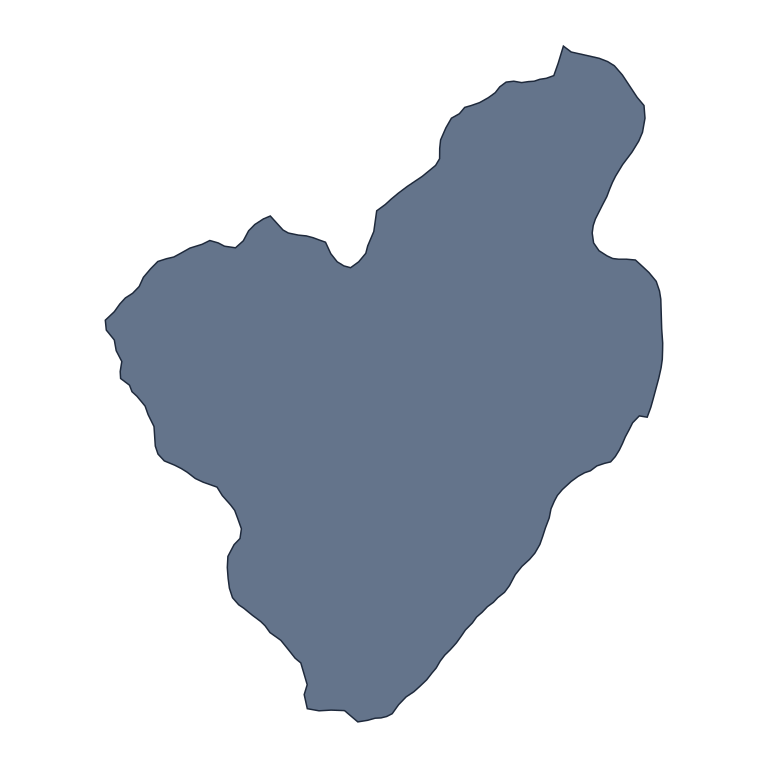 Arealva, São Paulo, Brazil (Natural Earth projection)
{"feature_id": "56859067B4619335794739", "entity_name": "Arealva", "entity_type": "district", "adm_level": 2, "iso_a3": "BRA", "parent_name": "Brazil", "parent_adm1": "São Paulo", "projection": "natural_earth1", "projection_center": [-48.98, -22.076], "detail": "fine", "context": "isolated", "style": "filled", "palette": "slate", "viewbox_px": 768, "rotation_deg": 0, "n_neighbors": 0, "source": "geoboundaries", "source_scale": "gbopen_adm2", "svg_char_len": 2645}
<svg xmlns="http://www.w3.org/2000/svg" viewBox="0 0 768 768"><path d="M635.4,260.0L626.4,259.2L618.6,259.2L612.7,258.5L607.1,255.9L599.0,250.7L593.6,242.9L592.2,233.0L593.2,225.6L595.4,219.0L602.5,204.9L606.8,196.7L609.7,189.0L612.4,182.5L615.6,176.1L622.6,164.6L632.0,152.1L638.8,141.0L642.5,132.3L645.0,118.2L644.0,105.5L637.2,97.4L622.4,75.0L614.4,65.8L607.7,61.6L599.2,58.3L571.2,52.0L563.4,46.1L558.2,63.2L553.8,75.6L546.3,78.3L539.8,79.3L534.2,81.2L528.4,81.6L521.6,82.6L513.8,81.2L506.1,82.1L499.8,86.8L495.2,92.7L488.3,97.7L479.6,102.6L471.0,105.6L464.7,107.4L459.4,113.7L451.4,118.2L445.9,127.8L440.6,139.9L439.7,148.4L439.6,158.7L435.6,165.4L422.2,176.4L407.3,186.4L398.4,193.1L391.3,199.0L385.3,204.5L376.7,210.8L373.8,231.5L367.7,245.9L365.8,253.3L358.7,261.8L350.6,267.7L343.9,265.9L337.2,261.8L330.8,253.7L325.5,242.2L319.3,240.0L313.1,237.7L306.3,235.9L298.4,235.1L288.3,233.0L283.0,230.0L270.3,216.0L263.4,218.9L254.8,224.5L248.6,230.8L243.3,240.8L235.5,247.8L224.5,246.2L218.2,242.9L209.8,240.5L202.1,244.3L189.9,248.1L180.1,253.6L173.8,257.0L166.5,258.7L157.8,261.5L150.6,268.8L143.4,277.3L139.2,286.5L132.6,293.3L125.4,297.9L119.9,303.9L114.3,311.7L105.3,320.2L106.3,330.1L114.3,340.0L116.2,350.7L121.8,361.5L120.2,371.5L120.6,378.5L129.5,385.2L132.0,391.7L137.0,396.3L145.1,406.1L148.1,414.6L154.0,426.5L155.3,446.1L158.0,454.1L164.3,460.9L174.7,465.2L181.2,468.5L187.3,472.3L195.3,478.5L203.4,482.3L217.0,487.1L222.3,495.6L230.7,505.1L234.7,510.4L237.8,518.7L241.4,528.8L240.0,538.5L234.1,544.6L227.9,556.4L227.3,567.5L228.1,578.2L229.4,588.2L232.5,597.7L238.7,604.8L243.6,608.1L252.3,615.2L260.7,621.5L265.1,625.8L270.0,632.6L280.8,640.3L288.9,650.3L295.2,658.3L300.8,662.9L307.2,684.7L304.2,694.6L307.3,708.7L319.0,710.8L331.1,710.1L344.5,710.6L357.8,721.9L367.7,720.3L375.2,718.2L381.0,717.9L386.7,716.5L392.2,713.7L398.6,704.7L406.1,696.9L413.9,691.7L420.1,686.1L426.7,679.8L431.9,673.1L436.2,668.0L440.2,661.1L444.7,655.2L450.2,649.8L456.4,642.9L461.6,635.6L465.4,630.0L472.4,622.9L476.6,617.0L482.1,612.3L487.4,606.7L493.4,602.3L497.7,597.7L504.5,592.3L509.4,585.7L515.3,574.6L521.9,566.4L529.6,559.3L534.9,553.1L539.9,544.4L542.7,536.4L545.4,528.0L549.2,518.0L551.0,508.8L554.4,501.0L557.4,495.4L562.4,489.5L571.1,481.5L578.2,476.3L584.7,472.7L590.4,470.8L596.9,465.9L604.7,463.3L610.6,461.9L615.2,456.7L619.3,450.1L622.5,443.5L625.3,436.9L629.1,429.8L632.6,422.8L639.3,415.9L647.2,417.2L650.8,407.4L653.0,399.6L658.7,378.5L661.1,367.8L662.3,359.3L662.6,350.1L662.7,343.1L661.7,329.0L660.8,299.2L659.5,291.0L656.2,281.3L649.0,272.6L643.5,267.4L635.4,260.0Z" fill="#64748b" stroke="#1e293b" stroke-width="1.5"/></svg>